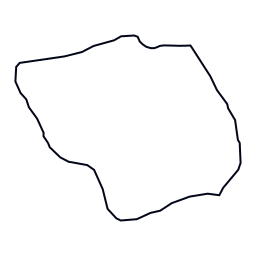 Concepción Chiquirichapa, Quezaltenango, Guatemala
{"feature_id": "79465075B62244811980671", "entity_name": "Concepción Chiquirichapa", "entity_type": "district", "adm_level": 2, "iso_a3": "GTM", "parent_name": "Guatemala", "parent_adm1": "Quezaltenango", "projection": "robinson", "projection_center": [-91.619, 14.843], "detail": "fine", "context": "isolated", "style": "outline", "palette": "ink", "viewbox_px": 256, "rotation_deg": 0, "n_neighbors": 0, "source": "geoboundaries", "source_scale": "gbopen_adm2", "svg_char_len": 777}
<svg xmlns="http://www.w3.org/2000/svg" viewBox="0 0 256 256"><path d="M190.4,45.5L185.6,45.7L178.7,45.8L172.7,45.6L163.8,45.4L159.9,45.9L157.3,47.1L154.4,48.1L150.6,48.1L146.3,46.8L143.0,44.6L139.8,41.6L137.7,36.8L134.2,35.5L121.1,36.3L114.1,40.3L93.5,46.0L82.0,52.0L64.5,56.4L19.7,62.9L16.2,66.9L15.4,81.5L20.6,93.1L26.3,99.4L28.9,107.3L37.1,118.6L43.6,132.8L43.5,136.2L48.1,143.1L49.7,147.2L60.3,157.4L68.5,161.7L87.3,165.1L94.1,169.9L102.7,189.1L107.6,208.9L116.3,218.3L120.8,220.5L136.8,219.2L150.5,212.9L160.2,210.7L171.8,203.1L189.7,196.6L207.6,193.7L219.3,195.2L223.1,187.9L238.3,169.7L239.6,165.8L240.6,163.0L239.7,142.9L237.9,139.9L235.1,120.1L228.1,108.3L227.2,104.0L217.0,90.2L210.4,76.4L191.8,47.5L190.4,45.5Z" fill="none" stroke="#020617" stroke-width="2"/></svg>